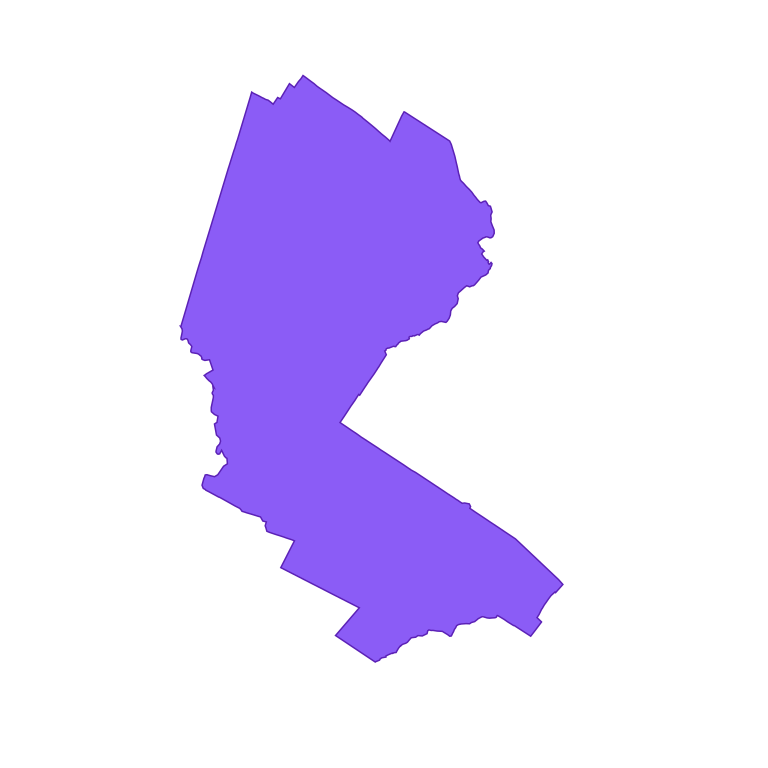 outline of Luis Moya, Zacatecas, Mexico, rotated 27°
{"feature_id": "50627088B79504464197086", "entity_name": "Luis Moya", "entity_type": "district", "adm_level": 2, "iso_a3": "MEX", "parent_name": "Mexico", "parent_adm1": "Zacatecas", "projection": "robinson", "projection_center": [-102.22, 22.434], "detail": "fine", "context": "isolated", "style": "filled", "palette": "violet", "viewbox_px": 768, "rotation_deg": 27, "n_neighbors": 0, "source": "geoboundaries", "source_scale": "gbopen_adm2", "svg_char_len": 6038}
<svg xmlns="http://www.w3.org/2000/svg" viewBox="0 0 768 768"><g transform="rotate(27 384 384)"><path d="M433.9,594.6L463.6,594.6L455.0,630.1L502.4,635.7L502.5,635.4L505.4,632.1L505.3,631.2L506.2,629.1L506.6,628.8L509.7,626.4L509.2,625.4L511.0,623.0L513.6,620.0L514.1,620.1L514.8,619.0L516.7,617.7L516.7,616.1L516.9,612.7L517.5,609.8L517.8,609.9L518.4,608.2L518.5,607.9L519.3,606.9L521.1,605.1L522.1,603.4L522.8,600.3L523.5,597.7L527.2,595.2L528.4,592.8L532.5,591.1L535.7,586.9L535.0,584.0L535.7,582.7L537.9,582.2L539.5,581.3L543.5,580.0L548.3,577.9L550.1,578.1L554.4,578.4L557.1,578.9L558.4,577.9L558.3,574.7L558.4,573.1L558.2,571.4L558.2,570.4L558.5,568.6L558.4,566.4L559.5,564.6L561.7,562.8L566.0,560.2L569.1,558.8L570.2,556.8L572.7,554.5L572.7,554.4L573.9,551.8L574.5,550.3L577.0,546.8L578.3,546.3L582.1,545.6L584.4,544.7L586.3,543.5L589.0,541.9L589.9,540.9L590.0,538.9L590.6,538.7L597.9,539.2L600.0,539.5L602.0,539.8L609.2,540.4L609.7,540.1L629.2,542.1L630.4,535.9L631.4,530.2L632.3,525.1L632.4,524.5L632.2,524.4L626.4,522.7L626.8,518.9L626.7,513.2L626.9,512.2L627.1,508.2L627.7,504.3L628.2,500.5L628.9,496.6L630.8,491.7L631.6,492.0L634.4,481.4L628.5,479.1L571.4,462.3L558.5,460.8L551.2,459.9L542.5,458.9L542.3,458.9L533.4,457.8L523.7,456.7L516.9,455.8L516.8,453.9L514.4,452.1L509.9,453.4L508.2,454.5L507.9,454.8L505.9,454.6L504.5,454.4L502.4,454.1L502.2,454.1L500.5,454.0L499.2,453.8L498.6,453.7L495.9,453.4L492.5,453.1L492.3,453.0L492.2,453.1L485.8,452.3L464.8,449.9L459.7,449.3L452.7,448.5L447.2,448.3L442.5,447.7L438.0,447.1L433.3,446.6L429.8,446.2L424.1,445.6L415.2,444.6L410.9,444.2L408.2,443.8L402.5,443.2L396.0,442.5L389.6,441.8L388.2,441.7L382.6,440.8L376.5,440.1L362.3,438.3L363.3,430.2L363.7,426.6L364.5,419.0L365.3,413.4L365.5,412.1L365.8,408.6L366.2,404.8L367.4,405.0L367.5,404.3L368.3,396.7L368.9,391.7L369.0,390.3L370.6,379.6L371.1,375.0L371.4,371.7L371.5,371.6L371.7,368.9L371.7,368.7L371.9,366.1L372.8,356.9L369.7,354.3L369.8,354.2L370.4,353.0L370.0,352.1L370.1,351.8L370.4,351.1L370.9,350.4L372.1,349.7L375.1,346.3L375.8,345.9L377.0,345.7L377.5,345.3L377.6,344.2L377.9,343.0L378.3,342.1L378.3,340.9L379.0,339.7L379.5,338.3L382.6,336.2L383.7,335.5L384.3,334.9L384.8,334.4L385.3,333.4L385.9,332.8L385.9,331.9L385.3,331.5L385.1,330.6L385.5,329.9L387.3,328.9L387.8,327.8L389.1,327.5L389.4,326.9L390.0,326.5L391.0,325.0L392.2,324.4L393.2,324.5L393.6,322.6L395.2,318.9L397.3,316.6L398.2,315.3L399.3,314.1L399.6,312.9L400.3,310.3L402.2,307.3L404.0,305.2L404.9,303.5L406.7,302.2L411.2,301.0L411.8,299.4L412.2,295.9L411.8,292.4L411.1,290.6L410.3,288.6L410.4,285.6L411.7,282.9L412.7,279.2L411.4,274.3L409.3,272.1L408.9,269.0L410.3,265.5L411.8,261.6L413.1,258.9L416.3,258.5L417.7,256.7L419.0,255.8L419.7,254.5L421.2,248.6L421.9,244.7L425.2,240.6L426.3,237.8L425.5,235.3L426.3,232.9L425.9,231.9L426.1,229.7L425.6,227.7L424.2,227.1L423.6,229.4L423.0,229.5L421.7,228.6L421.3,227.7L421.5,227.5L420.0,226.3L419.4,227.1L415.3,225.6L412.0,223.8L412.3,221.2L413.0,220.1L410.2,219.1L408.2,218.8L406.7,217.5L404.2,216.1L403.4,215.3L403.6,214.4L403.5,213.7L405.8,209.2L407.5,207.4L408.1,206.5L409.4,206.0L412.1,205.7L413.0,205.0L413.2,204.8L414.0,203.3L413.8,199.7L412.2,196.8L408.8,193.9L406.3,191.6L405.4,190.7L404.7,188.8L404.1,187.6L403.1,186.2L402.4,185.0L402.2,181.6L399.2,178.4L398.1,177.3L396.0,177.7L393.4,175.9L391.5,174.9L390.1,175.8L388.2,178.4L387.2,178.6L383.3,177.2L381.3,176.2L378.5,175.0L375.1,173.2L372.0,172.0L368.2,170.8L366.8,170.3L365.4,169.7L363.6,169.0L360.6,168.1L359.3,167.4L358.0,166.0L357.0,164.7L355.0,162.6L351.0,157.6L349.5,155.8L348.1,154.2L346.7,152.5L343.8,149.0L335.2,140.0L332.2,137.7L279.0,132.3L278.3,132.4L278.1,137.3L279.2,165.0L278.8,164.8L273.0,163.3L271.1,162.9L270.1,162.7L267.8,162.2L266.4,161.8L265.1,161.5L262.5,160.8L261.4,160.5L259.4,160.0L258.1,159.7L255.9,159.2L252.3,158.4L244.3,156.7L243.4,156.3L242.6,156.2L241.9,156.0L240.4,155.8L238.0,155.4L236.5,155.1L235.0,154.8L231.1,154.3L228.8,154.1L226.4,153.9L221.4,153.6L213.2,152.6L208.3,152.1L200.1,150.6L191.0,149.4L190.5,149.3L189.1,149.1L185.2,148.1L181.4,147.5L174.6,146.3L171.8,145.9L171.4,149.7L170.5,153.2L169.5,160.5L163.4,159.3L162.2,176.9L161.5,177.0L159.2,177.0L158.2,185.0L154.6,184.2L151.9,183.7L149.3,184.2L146.9,184.1L145.5,184.2L142.7,184.1L140.5,184.1L136.5,184.2L135.2,184.2L133.6,184.0L134.6,189.1L142.5,232.7L142.8,235.0L143.0,236.3L144.0,241.6L144.4,244.7L147.2,261.1L147.3,261.9L155.6,308.1L157.9,320.9L162.7,348.0L164.0,354.4L165.1,361.3L165.4,363.0L166.3,368.1L176.9,424.9L176.5,425.0L177.6,425.7L179.0,426.6L180.3,428.3L181.1,431.0L181.6,432.9L182.2,435.2L183.0,436.4L184.4,436.3L185.1,435.5L186.3,434.0L187.3,433.4L188.5,433.4L189.6,434.2L191.1,435.9L191.8,436.3L193.2,436.6L194.6,437.2L195.7,437.8L196.0,438.9L196.6,441.6L197.0,442.6L197.5,443.1L198.6,443.3L203.9,441.6L205.5,441.6L207.0,442.0L208.3,442.2L209.2,442.9L209.9,443.5L210.2,444.4L211.6,444.6L213.7,444.3L217.5,441.6L225.3,449.2L221.2,455.4L220.4,457.2L219.9,458.0L221.8,458.7L223.5,459.5L226.6,460.5L228.7,460.9L230.8,461.8L232.5,463.2L234.3,464.5L233.0,464.4L234.8,467.0L234.9,469.9L235.4,470.6L237.2,471.7L238.1,473.6L240.7,483.3L242.2,486.2L242.9,487.1L246.7,488.1L250.7,488.0L252.6,494.1L251.9,495.2L251.1,496.6L257.9,505.5L262.2,506.7L264.3,509.1L264.8,512.0L263.8,515.8L264.8,520.0L265.2,520.9L267.0,521.9L268.0,521.9L269.3,520.9L269.4,516.8L274.5,520.7L276.6,521.5L277.8,521.5L280.7,526.2L278.4,530.1L277.1,540.3L275.1,543.5L271.1,544.5L267.4,545.2L266.0,546.2L266.4,548.8L266.3,549.5L267.8,556.8L270.4,559.1L272.5,559.1L273.4,559.5L277.1,559.5L288.1,559.8L288.8,559.6L291.8,559.7L299.8,560.0L306.6,560.3L310.4,560.3L312.0,560.3L313.4,560.9L314.1,561.2L315.3,561.9L316.9,561.6L318.6,561.3L319.6,561.2L325.4,560.1L331.8,559.0L334.3,558.5L337.6,560.7L338.2,561.1L341.8,560.3L342.5,564.3L344.1,565.8L346.5,568.4L349.1,568.2L352.6,567.7L356.6,567.1L357.1,567.0L360.6,566.4L361.3,566.3L364.5,565.8L366.4,565.6L371.4,564.8L372.8,564.6L375.4,564.4L375.4,579.0L375.4,594.5L433.9,594.6Z" fill="#8b5cf6" stroke="#5b21b6" stroke-width="1.5"/></g></svg>